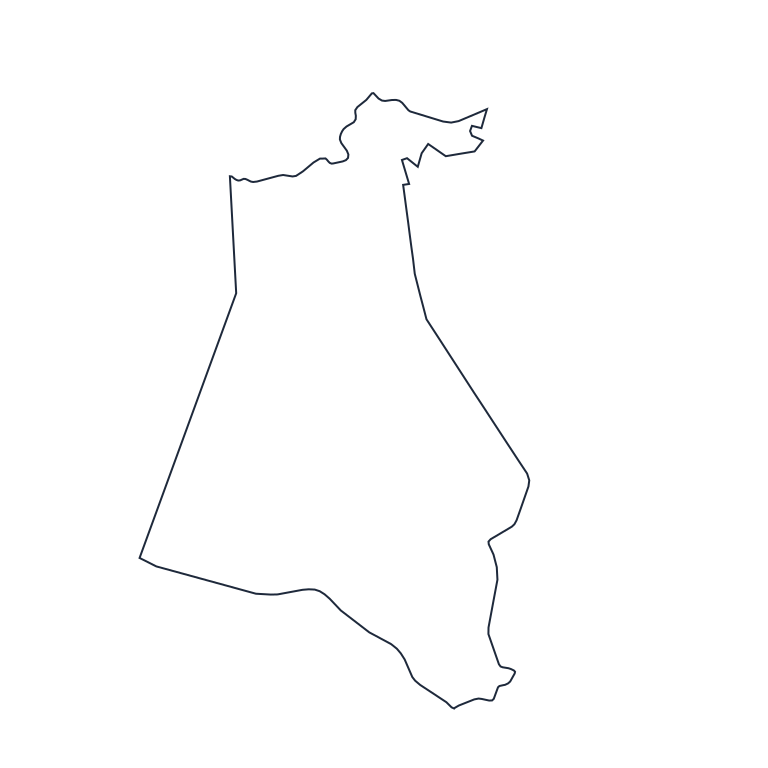 outline of Eastern Equatoria, rotated 286°
{"feature_id": "SDS-892", "entity_name": "Eastern Equatoria", "entity_type": "State", "adm_level": 1, "iso_a3": "SSD", "parent_name": "South Sudan", "parent_adm1": "", "projection": "natural_earth1", "projection_center": [34.12, 4.76], "detail": "fine", "context": "isolated", "style": "outline", "palette": "slate", "viewbox_px": 768, "rotation_deg": 286, "n_neighbors": 0, "source": "natural_earth", "source_scale": "10m", "svg_char_len": 2165}
<svg xmlns="http://www.w3.org/2000/svg" viewBox="0 0 768 768"><g transform="rotate(286 384 384)"><path d="M584.0,263.6L584.7,265.6L583.8,267.4L582.6,269.1L581.6,270.9L581.4,272.9L582.0,274.4L586.6,283.0L588.7,285.7L591.4,287.1L594.8,286.5L598.0,284.0L603.8,276.6L606.9,274.2L609.4,273.6L612.4,273.6L615.4,274.1L617.9,274.9L621.2,277.0L627.3,282.8L630.7,283.8L634.1,283.0L636.7,281.7L639.3,280.9L642.9,282.1L652.2,288.7L660.0,292.2L660.7,293.7L656.9,300.1L655.9,303.9L656.4,307.1L659.2,313.4L660.4,317.3L660.5,320.7L659.3,324.0L653.9,332.0L653.2,334.1L652.6,368.5L653.8,376.5L657.3,383.3L676.6,407.2L667.5,407.1L656.8,407.1L656.4,397.4L650.9,397.0L646.9,400.2L646.1,407.0L645.3,412.1L632.8,407.1L632.6,407.0L632.5,406.9L625.8,392.7L620.0,380.6L626.9,360.3L616.2,356.6L602.1,356.6L607.4,343.9L604.3,339.5L593.2,346.6L583.2,353.0L580.7,347.5L570.9,351.8L559.2,356.9L546.2,362.6L534.6,367.6L523.8,372.3L512.3,377.4L498.4,383.2L488.8,388.8L479.0,394.5L469.1,400.4L457.9,407.0L443.6,423.5L429.2,440.0L414.9,456.4L400.5,472.9L389.0,486.3L377.3,499.8L361.4,518.2L347.8,534.0L337.4,546.2L336.7,546.7L331.4,550.2L325.3,551.1L302.4,549.8L299.2,549.6L289.5,549.0L285.1,548.0L282.1,546.2L264.2,529.3L261.3,527.9L258.8,528.9L250.2,536.3L239.0,542.9L227.1,547.0L204.8,549.1L178.7,551.6L172.4,553.3L146.3,571.7L144.6,573.9L144.4,576.1L145.1,582.0L145.0,584.5L144.6,586.8L144.4,587.9L143.5,589.3L141.7,589.4L132.8,587.3L130.4,585.8L128.2,583.3L127.3,581.5L125.5,578.2L123.9,577.2L122.7,577.1L111.6,576.3L109.6,575.1L108.7,572.3L108.2,564.8L107.7,561.6L105.7,557.7L95.6,544.6L92.2,541.3L91.4,540.9L91.8,538.1L95.3,531.7L104.7,501.7L107.4,495.7L110.1,492.0L124.9,479.8L129.7,474.4L133.1,469.3L135.9,462.6L141.2,438.3L154.4,404.9L162.6,391.0L165.5,384.8L167.1,379.3L167.3,374.1L165.9,368.2L163.7,362.4L152.4,339.7L150.4,333.3L147.1,318.7L145.9,215.4L149.4,197.0L430.5,216.9L541.2,178.6L541.5,180.5L540.0,184.0L539.5,185.9L539.4,187.8L540.1,189.6L542.5,192.5L542.9,194.3L542.6,196.6L542.2,198.5L541.9,200.3L542.1,202.5L543.6,206.1L555.0,225.0L557.1,229.4L558.3,238.9L559.8,242.1L566.1,247.5L577.5,255.2L583.0,260.3L584.0,263.6Z" fill="none" stroke="#1e293b" stroke-width="2"/></g></svg>